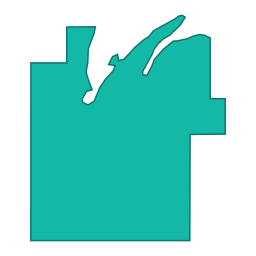 Baraga, Michigan, United States of America (Mercator projection)
{"feature_id": "52423323B69174987336620", "entity_name": "Baraga", "entity_type": "district", "adm_level": 2, "iso_a3": "USA", "parent_name": "United States of America", "parent_adm1": "Michigan", "projection": "mercator", "projection_center": [-88.299, 46.693], "detail": "fine", "context": "isolated", "style": "filled", "palette": "teal", "viewbox_px": 256, "rotation_deg": 0, "n_neighbors": 0, "source": "geoboundaries", "source_scale": "gbopen_adm2", "svg_char_len": 793}
<svg xmlns="http://www.w3.org/2000/svg" viewBox="0 0 256 256"><path d="M189.8,240.6L190.1,134.4L225.2,134.1L225.2,98.7L210.2,98.6L210.2,80.6L210.2,37.8L204.4,35.3L199.7,34.5L194.2,35.8L186.9,38.9L177.0,40.9L173.3,41.1L163.1,49.5L154.4,59.5L151.7,66.3L147.1,75.3L142.7,74.8L142.9,71.1L151.8,54.9L154.2,49.1L158.1,43.7L162.9,39.2L169.8,35.1L180.4,24.9L185.2,17.2L182.2,15.4L178.9,16.0L175.5,18.6L153.7,30.7L148.9,36.5L143.3,40.2L135.1,47.2L124.0,59.2L118.6,60.6L117.5,54.4L112.6,56.6L108.6,64.5L114.8,65.5L113.8,70.1L105.4,79.4L100.2,87.0L98.9,89.8L94.2,101.1L88.1,105.1L82.5,102.2L82.3,98.8L86.5,91.5L92.1,89.8L89.0,81.7L86.4,73.5L86.1,71.2L87.7,63.4L88.3,48.7L94.1,33.3L95.4,26.8L66.7,27.0L66.8,62.9L30.9,62.9L30.8,240.6L189.8,240.6Z" fill="#14b8a6" stroke="#0f766e" stroke-width="1.5"/></svg>